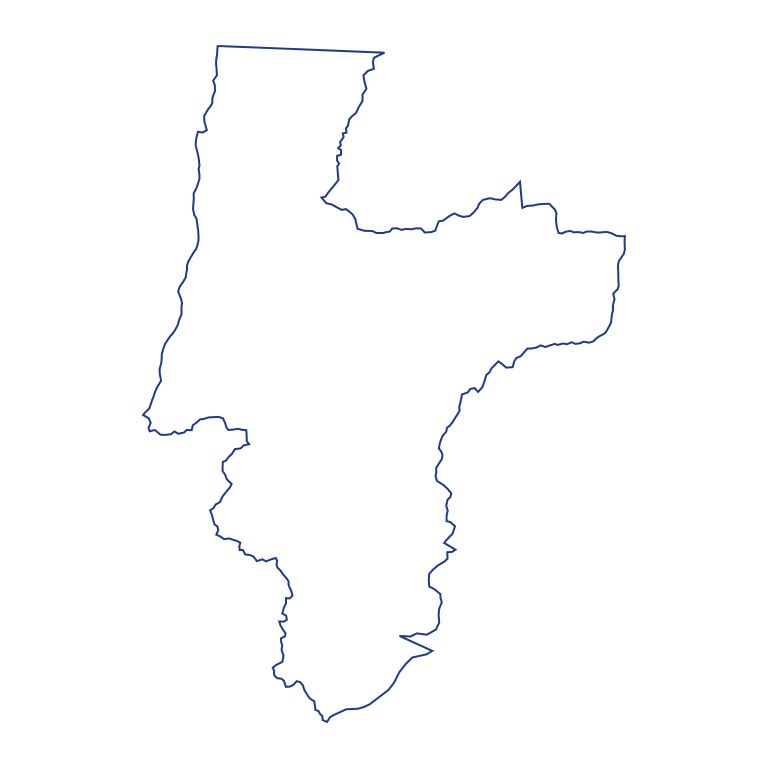 Goianésia, Goiás, Brazil
{"feature_id": "56859067B68977467938768", "entity_name": "Goianésia", "entity_type": "district", "adm_level": 2, "iso_a3": "BRA", "parent_name": "Brazil", "parent_adm1": "Goiás", "projection": "orthographic", "projection_center": [-49.163, -15.297], "detail": "fine", "context": "isolated", "style": "outline", "palette": "blue", "viewbox_px": 768, "rotation_deg": 0, "n_neighbors": 0, "source": "geoboundaries", "source_scale": "gbopen_adm2", "svg_char_len": 5433}
<svg xmlns="http://www.w3.org/2000/svg" viewBox="0 0 768 768"><path d="M438.7,221.4L436.6,227.0L435.3,230.6L431.3,232.1L424.8,232.5L421.1,228.5L416.1,228.3L411.5,229.3L405.7,228.9L401.4,229.9L397.2,228.3L392.3,228.5L389.7,231.6L386.6,232.0L383.4,233.0L380.3,233.0L376.5,233.0L372.3,231.0L364.4,230.8L357.5,228.7L355.3,219.1L352.7,214.6L348.9,211.2L345.9,209.1L341.6,209.9L331.6,204.4L326.4,203.3L321.5,197.6L325.5,196.6L328.4,192.4L333.7,186.0L338.4,180.1L337.3,166.4L339.1,163.5L337.1,160.6L337.1,155.8L340.9,154.8L341.2,150.1L338.2,148.2L340.8,145.4L340.1,142.1L343.6,137.0L342.8,133.5L346.5,132.6L345.9,128.4L348.0,125.7L349.1,119.6L351.7,116.6L356.0,112.9L358.7,107.3L362.5,101.0L362.5,94.5L366.4,88.9L364.4,81.3L363.4,75.4L367.9,70.9L373.9,68.8L372.9,62.3L373.9,57.9L378.0,55.8L384.5,52.7L220.9,46.1L217.6,46.1L217.0,55.3L216.3,58.9L216.0,63.6L216.5,67.6L216.9,75.4L213.1,80.7L214.8,85.0L215.0,91.2L213.3,95.3L212.3,98.6L212.3,103.0L210.3,106.5L207.8,109.7L204.2,115.9L204.3,121.0L205.5,125.5L206.8,130.1L202.8,132.5L198.0,131.8L196.8,136.1L196.0,140.1L195.6,145.1L197.7,153.4L198.8,158.9L199.5,165.6L198.6,169.1L199.4,174.3L199.5,178.4L198.1,183.3L196.3,188.3L193.6,193.5L193.8,199.3L193.3,205.1L193.0,208.9L194.2,214.7L196.5,218.6L198.2,230.9L198.5,235.8L198.5,240.2L197.4,245.4L196.2,248.8L193.5,252.6L190.2,258.2L188.0,262.2L187.0,265.6L187.0,269.8L186.3,273.0L185.7,277.4L183.1,282.0L180.9,284.9L179.4,287.6L178.1,291.5L181.1,298.9L182.0,303.3L181.5,307.2L181.5,311.2L181.5,314.4L179.0,320.3L178.0,324.3L176.5,327.4L175.0,330.2L172.8,333.4L170.5,335.9L168.2,339.1L165.1,343.9L163.4,348.4L161.8,354.1L161.7,358.3L161.3,362.9L159.6,369.1L159.8,373.9L161.1,380.8L156.8,387.8L154.5,393.3L153.4,397.1L152.0,400.4L150.8,404.2L149.2,408.7L145.3,412.2L143.1,415.0L148.8,418.3L150.7,423.0L148.5,427.6L149.7,431.3L154.8,430.0L160.5,434.7L165.4,434.9L171.2,434.2L174.4,431.4L178.1,433.7L184.0,432.6L186.6,430.0L191.7,430.2L192.8,425.3L196.8,422.4L200.1,419.3L203.3,419.1L208.5,417.4L218.9,416.9L223.1,418.5L225.2,423.3L226.4,427.4L228.4,430.0L232.4,429.7L238.5,428.8L242.3,429.9L246.2,430.1L246.6,434.9L246.8,441.2L249.1,444.2L244.0,445.3L240.3,448.5L234.9,449.1L231.8,454.1L228.8,456.8L225.9,460.7L222.9,461.8L222.6,466.4L222.6,471.1L225.0,474.5L226.9,479.4L229.3,481.7L231.6,483.9L229.8,487.6L226.7,491.2L222.3,496.8L220.0,502.1L215.6,504.5L213.4,508.3L210.1,510.3L211.9,514.8L213.4,520.9L214.6,524.5L217.3,526.4L218.3,530.0L216.3,534.7L220.3,536.5L224.0,539.1L229.0,538.5L237.6,541.2L240.3,542.7L239.3,546.4L239.7,550.1L242.9,550.0L245.3,554.5L249.6,554.9L253.5,556.6L256.9,561.1L262.5,559.3L265.9,561.4L271.5,559.2L275.8,558.0L277.2,560.9L276.5,564.5L277.4,567.6L280.3,570.4L283.8,575.3L286.3,578.0L288.5,581.3L288.6,584.6L289.7,587.8L291.2,590.7L292.5,595.7L289.6,598.4L286.0,598.2L286.0,603.2L283.8,607.9L282.3,613.6L286.2,615.7L286.8,619.8L284.0,621.6L279.3,621.5L280.5,625.6L283.0,629.7L285.5,633.2L285.0,636.3L280.9,638.4L281.2,642.1L282.2,645.5L281.6,650.0L283.5,655.6L282.4,661.8L276.3,664.9L272.7,667.7L274.2,670.9L274.0,674.8L277.0,678.1L281.6,678.8L284.0,680.9L285.9,686.8L290.0,686.6L293.4,684.8L296.7,681.2L300.1,682.1L302.9,685.4L304.4,690.1L308.7,697.1L311.1,699.4L314.1,701.1L315.0,706.0L315.4,709.8L318.4,711.0L320.1,714.0L322.4,716.2L322.6,720.0L327.1,721.9L330.1,717.1L333.8,715.0L339.3,712.5L346.1,709.3L358.2,708.7L364.2,706.9L369.7,704.3L388.4,690.0L394.1,682.6L399.3,672.2L406.0,663.7L412.3,657.5L426.3,654.4L432.3,650.9L399.5,636.0L410.5,636.5L416.8,633.4L426.8,634.7L436.0,629.5L439.2,622.5L438.6,614.6L439.2,608.7L441.8,602.3L440.5,598.0L440.4,594.2L434.2,589.0L429.2,586.5L428.8,580.0L429.2,573.9L432.7,569.9L437.9,565.4L444.7,561.4L447.5,558.6L447.3,552.2L452.0,551.9L455.5,549.7L444.2,543.0L446.4,540.1L452.7,533.5L455.0,526.2L450.4,522.1L446.6,521.1L446.6,515.8L447.7,510.6L446.2,505.7L447.6,499.7L450.4,497.0L451.3,493.4L447.6,488.9L443.6,485.1L436.9,480.9L435.6,475.9L436.3,472.3L436.2,468.0L438.3,464.5L441.8,459.1L442.5,455.1L441.1,451.3L438.8,448.5L439.6,444.5L440.5,441.2L442.6,435.7L446.3,431.7L446.9,427.9L449.7,425.7L453.1,421.5L455.5,417.3L458.1,413.4L459.7,410.4L459.2,407.3L460.7,401.2L462.0,394.4L467.7,392.5L470.3,388.9L474.6,388.1L478.1,391.9L482.3,387.2L484.3,381.7L486.3,375.0L489.5,372.3L491.5,368.3L494.1,365.7L498.4,361.4L502.2,364.1L506.2,367.6L512.6,367.2L514.2,361.5L516.2,358.1L520.7,356.2L527.5,348.5L531.3,348.5L536.6,347.5L540.7,345.4L545.3,347.0L550.7,345.2L554.6,343.9L557.7,344.9L563.2,343.5L567.1,344.2L571.5,342.2L575.4,343.9L579.7,343.4L583.6,341.7L589.1,342.7L593.4,341.3L596.0,338.7L598.9,336.5L604.3,333.7L606.3,331.4L608.0,328.5L609.8,325.1L611.1,322.1L611.5,318.8L611.8,315.0L613.0,309.9L613.0,304.9L614.5,299.2L613.2,293.7L617.7,289.1L618.7,285.8L618.3,278.1L618.3,274.4L618.0,265.1L618.9,261.0L623.8,253.8L624.9,249.4L624.6,243.5L624.6,240.2L624.9,236.1L621.4,236.3L616.7,235.9L611.2,233.1L606.5,231.9L602.3,232.3L597.5,232.6L591.1,231.5L586.8,231.5L583.3,232.9L578.7,232.1L573.6,232.3L570.4,230.9L565.2,231.9L562.0,233.5L558.6,232.9L557.0,227.9L556.4,224.4L556.0,219.4L556.4,213.3L555.0,209.7L552.5,207.1L549.3,203.8L544.7,203.9L538.7,204.3L533.2,205.5L527.2,205.9L522.3,207.9L520.0,181.8L517.7,184.3L513.0,189.2L508.7,192.6L504.4,197.4L501.2,199.9L495.3,199.4L489.9,198.2L482.9,199.9L479.2,203.7L477.5,207.9L473.4,212.7L469.5,216.1L463.1,216.9L459.1,215.7L454.4,213.4L449.4,216.0L443.2,220.6L438.7,221.4Z" fill="none" stroke="#1e3a8a" stroke-width="2"/></svg>